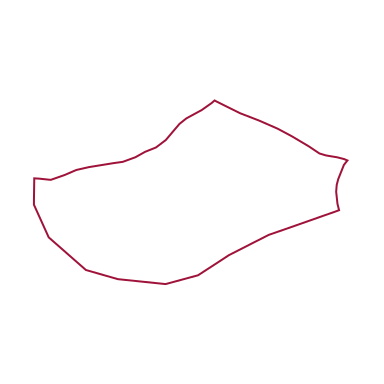 Derniere Riviere/Morne Panache, Dennery, Saint Lucia (orthographic projection), rotated 352°
{"feature_id": "8701671B48498321599703", "entity_name": "Derniere Riviere/Morne Panache", "entity_type": "district", "adm_level": 2, "iso_a3": "LCA", "parent_name": "Saint Lucia", "parent_adm1": "Dennery", "projection": "orthographic", "projection_center": [-60.929, 13.953], "detail": "fine", "context": "isolated", "style": "outline", "palette": "rose", "viewbox_px": 384, "rotation_deg": 352, "n_neighbors": 0, "source": "geoboundaries", "source_scale": "gbopen_adm2", "svg_char_len": 932}
<svg xmlns="http://www.w3.org/2000/svg" viewBox="0 0 384 384"><g transform="rotate(352 192 192)"><path d="M350.3,182.4L348.1,181.1L347.3,180.6L340.5,177.8L333.4,175.6L329.7,174.4L323.6,171.6L319.1,167.6L314.2,163.2L298.6,150.7L286.0,141.5L285.1,140.9L268.2,130.5L250.6,120.7L234.4,109.6L228.3,105.4L227.1,104.5L225.7,105.4L223.9,106.6L216.7,110.3L213.0,112.2L196.7,118.3L189.1,122.8L182.0,129.1L173.4,136.8L162.5,142.9L151.1,145.7L145.7,147.8L140.8,149.7L131.0,151.8L127.7,152.5L120.1,152.5L118.1,152.5L93.5,153.0L81.6,154.0L80.5,154.1L77.2,155.0L68.0,157.5L53.9,160.3L51.7,159.8L42.5,157.5L39.5,156.9L37.7,156.5L34.4,177.7L33.7,182.6L43.8,217.0L76.1,254.5L106.5,268.0L153.0,279.5L153.9,279.4L186.4,275.3L212.1,263.3L219.7,259.7L245.8,250.7L262.2,245.1L276.5,242.3L319.8,233.6L329.9,231.6L335.1,230.5L334.4,224.0L334.8,211.8L336.3,205.1L338.6,199.6L346.2,186.3L350.3,182.4Z" fill="none" stroke="#9f1239" stroke-width="2"/></g></svg>